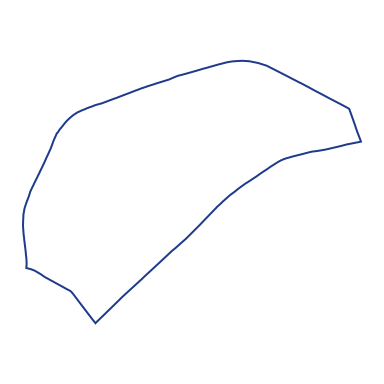 Ain Shams, Al Qahirah, Egypt (Robinson projection)
{"feature_id": "37247803B66210800118153", "entity_name": "Ain Shams", "entity_type": "district", "adm_level": 2, "iso_a3": "EGY", "parent_name": "Egypt", "parent_adm1": "Al Qahirah", "projection": "robinson", "projection_center": [31.326, 30.123], "detail": "fine", "context": "isolated", "style": "outline", "palette": "blue", "viewbox_px": 384, "rotation_deg": 0, "n_neighbors": 0, "source": "geoboundaries", "source_scale": "gbopen_adm2", "svg_char_len": 5532}
<svg xmlns="http://www.w3.org/2000/svg" viewBox="0 0 384 384"><path d="M361.0,141.6L356.8,130.6L354.9,124.9L352.9,119.2L349.2,108.8L346.1,107.1L340.7,104.2L334.5,101.0L328.2,97.7L322.2,94.5L315.3,90.9L309.1,87.5L302.5,84.0L297.7,81.6L286.3,75.7L266.7,65.7L258.1,63.0L249.7,61.3L247.5,61.1L242.5,60.8L242.4,60.8L238.2,61.0L232.4,61.4L227.4,62.2L222.7,63.4L217.6,64.7L212.0,66.3L207.8,67.5L203.7,68.6L196.5,70.7L190.6,72.4L183.8,74.3L177.6,75.9L172.7,77.9L169.1,79.5L164.9,80.8L155.5,83.7L155.4,83.8L154.5,84.1L150.6,85.3L150.0,85.5L149.4,85.7L148.2,86.1L147.8,86.2L147.3,86.4L146.9,86.5L146.4,86.7L145.5,87.0L144.6,87.3L143.7,87.6L142.9,87.9L141.8,88.2L140.8,88.6L139.8,89.0L138.8,89.4L138.4,89.5L138.0,89.7L137.6,89.8L137.2,90.0L136.3,90.3L135.6,90.6L134.7,90.9L133.9,91.2L133.8,91.3L133.0,91.6L132.5,91.8L132.0,91.9L131.1,92.3L130.9,92.4L130.1,92.7L129.3,93.0L128.5,93.3L128.3,93.4L127.7,93.6L126.9,93.9L126.3,94.1L126.0,94.2L125.8,94.3L125.2,94.5L124.7,94.8L123.9,95.0L123.6,95.2L122.9,95.4L122.0,95.8L121.8,95.8L121.1,96.1L120.3,96.4L119.6,96.7L118.8,97.0L118.0,97.3L117.3,97.6L116.7,97.8L116.2,98.0L115.7,98.2L115.3,98.3L114.9,98.4L114.0,98.8L113.6,98.9L113.1,99.1L112.3,99.4L111.7,99.6L111.4,99.7L110.8,100.0L110.2,100.2L109.5,100.4L108.9,100.7L108.2,100.9L107.5,101.2L107.3,101.3L106.7,101.5L106.4,101.6L106.0,101.8L105.4,102.0L104.9,102.2L104.5,102.3L104.3,102.4L103.7,102.6L103.2,102.8L102.7,103.0L102.4,103.1L102.0,103.3L101.2,103.5L100.6,103.7L100.1,103.8L99.3,104.0L99.0,104.1L98.6,104.2L97.9,104.4L97.2,104.6L96.8,104.7L96.4,104.8L96.0,104.9L95.5,105.1L94.8,105.3L94.1,105.6L93.4,105.9L92.9,106.1L92.1,106.4L90.4,107.0L88.9,107.5L88.5,107.7L88.0,107.9L87.1,108.2L86.4,108.5L86.0,108.7L85.6,108.9L84.6,109.3L83.6,109.7L83.1,109.9L82.6,110.1L81.6,110.5L80.7,110.9L79.9,111.3L79.0,111.7L78.0,112.1L77.6,112.3L77.1,112.6L76.7,112.8L76.1,113.2L75.7,113.5L75.3,113.8L74.5,114.3L74.0,114.6L73.6,114.9L72.9,115.4L72.3,115.9L71.6,116.5L71.0,117.0L70.4,117.5L69.9,117.9L69.5,118.3L69.1,118.7L68.7,119.0L68.2,119.5L67.8,119.9L67.3,120.4L66.9,120.8L66.4,121.3L66.0,121.8L65.6,122.3L65.2,122.7L64.6,123.4L64.4,123.7L64.1,124.1L63.5,124.8L63.0,125.5L62.5,126.1L62.0,126.7L61.7,127.1L61.5,127.4L60.9,128.0L60.5,128.5L60.1,129.0L59.7,129.5L59.4,130.0L59.1,130.4L58.8,130.8L58.6,131.2L58.4,131.6L58.1,132.0L57.9,132.3L57.5,132.8L57.2,133.0L56.9,133.2L56.9,133.3L56.6,133.8L56.3,134.5L56.0,135.2L55.7,136.0L55.2,137.0L54.7,138.1L54.4,138.8L54.1,139.5L53.8,140.2L53.5,140.9L53.3,141.3L53.2,141.7L52.7,142.9L52.7,143.2L52.4,144.0L52.0,145.0L51.6,146.1L51.4,146.6L51.2,147.2L50.8,148.1L50.7,148.5L50.5,149.0L49.6,150.9L48.7,152.9L47.8,154.9L46.8,156.9L46.2,158.3L45.9,159.0L45.6,159.7L45.0,161.1L44.3,162.5L44.1,163.1L43.8,163.6L43.6,164.2L43.3,164.7L42.8,165.8L42.5,166.3L42.3,166.9L41.8,167.9L41.5,168.4L41.2,169.0L40.8,169.9L40.6,170.4L40.3,170.8L39.9,171.8L39.7,172.2L39.5,172.7L39.1,173.4L39.0,173.6L38.8,174.1L38.5,174.6L38.1,175.5L37.8,176.0L37.6,176.5L37.1,177.6L36.8,178.1L36.6,178.6L36.0,179.7L35.5,180.8L35.2,181.4L34.9,182.0L34.6,182.6L34.3,183.2L33.7,184.4L33.7,184.5L33.4,185.2L33.1,185.8L32.4,187.1L31.8,188.4L31.4,189.2L31.1,189.9L30.8,190.6L30.4,191.3L30.2,191.9L29.9,192.8L29.8,193.2L29.8,193.3L29.4,194.5L29.1,195.4L28.9,196.2L28.5,197.1L28.2,198.0L28.1,198.3L27.9,198.8L27.6,199.6L27.3,200.4L27.0,201.0L26.8,201.6L26.6,202.2L26.4,202.7L26.1,203.5L25.9,204.2L25.6,205.0L25.4,205.7L25.2,206.3L25.0,206.9L24.8,207.5L24.6,208.2L24.5,208.7L24.4,209.1L24.3,209.5L24.2,210.0L24.2,210.4L24.1,211.0L23.9,212.0L23.8,212.5L23.7,213.0L23.5,214.0L23.5,214.4L23.4,214.8L23.4,215.4L23.4,216.4L23.3,217.3L23.3,218.1L23.2,218.9L23.2,219.8L23.2,220.6L23.1,221.5L23.1,222.5L23.1,223.5L23.0,224.5L23.0,225.2L23.0,225.9L23.1,226.8L23.1,227.9L23.2,228.5L23.2,229.0L23.3,230.3L23.4,230.9L23.4,231.5L23.5,232.8L23.6,234.0L23.7,235.1L23.8,236.1L23.9,236.7L24.0,237.2L24.1,238.3L24.2,238.9L24.2,239.6L24.2,239.8L24.4,241.0L24.5,241.7L24.6,242.4L24.7,243.8L24.9,245.1L25.0,246.4L25.1,246.7L25.2,247.6L25.3,248.2L25.4,248.9L25.4,249.6L25.5,250.3L25.6,251.1L25.7,251.8L25.8,252.5L25.8,253.3L25.8,253.8L25.9,254.0L25.9,254.8L26.0,255.4L26.1,256.0L26.2,256.6L26.2,257.1L26.3,257.6L26.4,258.5L26.4,259.3L26.5,260.1L26.5,261.0L26.5,261.8L26.6,262.5L26.6,263.3L26.6,264.0L26.6,264.8L26.6,265.0L26.5,265.7L26.4,266.2L26.4,266.7L26.4,267.1L26.3,268.0L27.0,268.2L30.9,269.2L34.6,270.6L40.9,274.3L44.3,276.7L44.7,277.0L45.1,277.2L68.2,289.9L68.5,290.0L69.2,290.3L69.5,290.5L70.0,290.8L70.4,291.1L70.7,291.3L71.1,291.7L71.5,292.0L71.8,292.3L72.1,292.7L72.4,293.1L72.7,293.4L80.1,303.2L92.3,319.2L95.5,323.2L96.0,322.6L96.3,322.3L106.8,312.1L117.9,301.3L121.9,297.3L124.6,294.8L140.0,280.7L141.8,279.1L143.7,277.2L152.8,268.8L159.9,262.2L165.9,256.6L166.5,256.0L167.2,255.4L171.6,251.2L176.0,247.6L180.3,243.7L185.8,238.9L192.2,232.5L199.9,224.8L203.9,220.6L214.5,209.6L215.3,208.8L215.7,208.4L216.1,207.9L216.3,207.8L216.5,207.5L216.9,207.0L218.3,205.8L218.9,205.2L219.6,204.6L220.7,203.6L221.2,203.1L221.7,202.6L222.8,201.5L223.4,201.0L224.0,200.5L226.9,197.9L229.9,195.2L232.1,193.6L234.8,191.6L238.0,189.0L241.5,186.4L245.1,183.8L248.6,181.6L253.0,178.7L256.8,176.2L260.1,173.8L263.8,171.3L266.3,169.7L270.9,166.5L277.5,162.3L280.9,160.4L283.7,159.2L286.9,158.1L287.8,157.9L288.6,157.7L291.5,156.8L294.6,156.0L302.7,154.0L309.5,152.2L312.1,151.6L315.7,151.2L319.6,150.6L325.3,149.6L328.1,149.0L330.2,148.5L341.4,145.9L346.4,144.5L350.1,143.8L355.1,142.8L358.8,142.1L359.3,142.0L359.8,141.9L361.0,141.6Z" fill="none" stroke="#1e3a8a" stroke-width="2"/></svg>